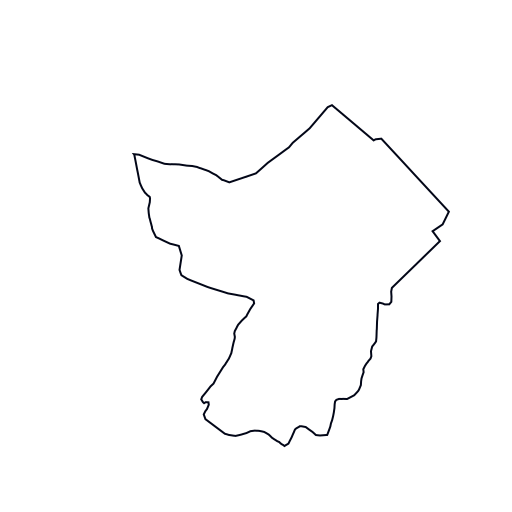 outline of Hush Isa, Al Buhayrah, Egypt, rotated 211°
{"feature_id": "37247803B77234514351972", "entity_name": "Hush Isa", "entity_type": "district", "adm_level": 2, "iso_a3": "EGY", "parent_name": "Egypt", "parent_adm1": "Al Buhayrah", "projection": "natural_earth1", "projection_center": [30.321, 30.891], "detail": "fine", "context": "isolated", "style": "outline", "palette": "ink", "viewbox_px": 512, "rotation_deg": 211, "n_neighbors": 0, "source": "geoboundaries", "source_scale": "gbopen_adm2", "svg_char_len": 3816}
<svg xmlns="http://www.w3.org/2000/svg" viewBox="0 0 512 512"><g transform="rotate(211 256 256)"><path d="M268.6,424.4L271.2,420.5L275.8,393.0L279.8,381.0L282.8,372.0L283.7,366.1L285.3,362.4L288.5,354.7L291.8,346.9L292.6,345.0L293.9,341.9L296.6,333.1L298.6,326.8L302.9,321.7L316.8,305.4L320.7,304.7L322.9,304.3L324.2,303.8L325.0,303.9L325.6,304.0L331.7,304.8L335.5,304.5L340.1,304.4L343.4,303.8L344.6,303.5L348.7,302.7L349.5,302.4L352.6,301.9L353.6,301.5L357.0,300.3L361.9,297.8L369.0,294.9L372.5,293.0L375.8,291.1L376.6,290.5L381.5,288.1L382.4,287.8L388.1,286.6L389.8,286.2L394.2,285.0L398.9,284.1L404.6,283.2L408.4,282.6L413.1,280.4L412.4,280.1L412.0,279.6L410.1,277.5L408.2,275.4L402.4,268.9L400.1,266.4L395.0,260.7L394.1,259.7L393.6,259.1L391.3,257.4L388.4,255.4L385.2,253.8L383.8,253.1L382.4,252.8L380.3,252.2L378.8,252.1L377.5,251.9L376.5,250.8L375.3,248.5L374.7,247.3L372.8,241.4L370.1,237.6L367.1,233.9L366.4,233.4L364.0,231.0L362.4,229.5L361.1,228.2L360.2,227.4L359.3,226.1L357.3,224.5L351.5,220.7L348.3,221.1L343.6,221.5L336.0,222.3L332.5,223.4L327.3,224.9L319.9,218.2L315.1,206.4L314.4,204.7L311.8,202.5L310.0,201.1L303.1,201.0L299.0,201.6L290.0,203.1L286.4,203.7L282.1,204.4L280.6,204.7L278.0,205.3L273.1,206.5L266.7,208.1L263.4,208.9L260.8,209.5L257.4,210.8L254.0,212.1L250.9,213.2L249.1,213.9L245.8,215.1L243.0,216.2L239.9,216.4L238.3,216.5L235.2,216.7L233.2,214.4L233.6,207.5L233.5,204.8L233.4,201.5L233.2,199.2L233.9,197.1L234.7,194.1L234.9,193.4L235.6,189.5L235.8,188.6L235.9,187.8L235.8,185.3L235.7,184.7L235.5,180.7L235.0,179.2L234.7,178.3L233.8,177.3L232.4,175.7L232.2,175.2L231.7,174.1L231.2,172.3L231.0,171.6L230.9,171.1L230.3,169.2L228.9,165.0L228.5,164.0L227.1,159.9L226.9,158.1L226.7,156.8L226.5,154.8L226.4,154.0L226.5,151.9L226.5,150.0L226.6,148.8L226.6,147.9L226.5,147.4L227.0,143.8L227.1,138.1L227.2,132.6L226.9,127.9L226.7,124.7L227.8,120.9L228.3,116.6L228.8,112.8L229.6,107.5L229.1,104.9L226.2,103.4L224.7,103.1L223.8,104.8L221.4,106.1L219.9,104.2L219.2,99.6L219.5,96.8L219.2,93.3L215.3,90.1L191.1,87.6L189.0,88.2L187.2,88.6L186.0,89.1L182.8,90.4L180.8,91.3L180.4,91.7L178.2,93.8L176.4,95.6L175.7,96.4L174.5,97.7L173.0,99.3L172.6,99.9L171.5,101.5L170.5,103.0L167.1,105.7L166.7,105.9L165.2,106.7L163.6,107.6L162.8,107.9L160.6,108.7L158.4,109.4L155.8,109.5L154.1,109.5L153.1,109.5L151.2,109.1L148.9,108.5L148.2,108.4L147.4,108.4L146.3,108.3L144.4,108.3L142.5,108.2L140.2,108.5L139.1,108.2L138.5,108.1L137.3,107.9L135.4,108.0L133.7,107.8L133.3,108.7L133.0,109.3L132.7,109.8L131.6,111.8L131.6,112.5L131.8,114.6L132.0,117.8L132.1,119.1L132.3,120.5L132.6,122.7L132.8,124.5L133.0,125.7L133.2,127.2L133.1,127.9L132.7,129.0L132.1,130.1L131.7,130.8L131.2,131.6L130.9,132.5L129.6,133.3L129.3,133.5L125.3,135.0L121.3,134.6L117.0,134.3L113.9,133.7L113.2,133.5L112.4,133.4L108.7,135.1L105.2,137.6L102.8,139.3L103.2,141.5L103.6,143.7L104.0,145.8L104.5,148.2L105.6,151.3L105.7,152.0L106.2,154.5L107.4,158.4L108.6,161.7L110.4,166.0L112.0,169.0L112.3,169.6L112.9,171.1L113.3,172.1L113.0,174.1L111.6,175.8L111.2,176.3L109.2,177.4L107.6,178.5L104.3,180.3L101.8,184.4L100.1,187.2L99.3,190.9L98.9,193.0L98.9,194.5L99.0,195.2L99.6,199.3L101.4,202.8L102.5,205.4L103.2,208.4L103.9,211.8L105.7,214.2L106.0,218.0L105.9,220.9L105.6,222.6L105.6,223.6L105.5,224.4L105.0,227.0L105.5,229.5L108.4,233.6L108.7,234.6L109.8,238.3L109.5,240.2L109.2,242.9L109.1,244.6L110.6,247.8L111.4,249.3L114.3,254.5L114.7,255.4L116.6,258.8L118.5,262.2L118.8,262.8L121.3,267.8L121.6,268.3L124.3,273.7L126.7,277.7L126.1,279.6L122.7,280.6L121.6,280.7L120.7,280.8L116.9,283.2L116.4,286.4L116.9,287.3L119.0,291.1L121.8,295.1L123.1,298.7L106.0,363.5L117.4,368.2L112.3,379.2L113.5,393.3L129.6,398.0L161.6,407.3L176.9,411.8L209.0,421.1L213.5,417.7L213.9,417.1L214.7,415.7L268.6,424.4Z" fill="none" stroke="#020617" stroke-width="2"/></g></svg>